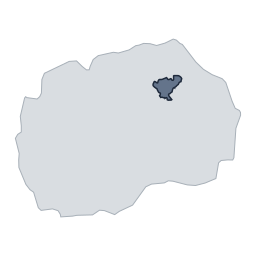 North Macedonia, with Probištip highlighted
{"feature_id": "MKD-2904", "entity_name": "Probištip", "entity_type": "Statistical Region", "adm_level": 1, "iso_a3": "MKD", "parent_name": "North Macedonia", "parent_adm1": "", "projection": "mercator", "projection_center": [22.168, 41.948], "detail": "fine", "context": "in_parent", "style": "filled", "palette": "slate", "viewbox_px": 256, "rotation_deg": 0, "n_neighbors": 0, "source": "natural_earth", "source_scale": "10m", "svg_char_len": 2362}
<svg xmlns="http://www.w3.org/2000/svg" viewBox="0 0 256 256"><path d="M113.5,52.3L118.4,53.0L129.1,49.9L135.7,45.7L139.1,45.1L143.6,43.4L150.1,43.7L156.6,45.5L165.0,43.1L173.2,39.1L176.4,40.1L180.0,43.5L182.3,44.4L195.9,62.1L203.4,69.3L212.2,74.7L222.2,78.7L225.8,82.5L232.1,101.2L235.2,108.3L239.4,110.5L240.5,112.5L240.6,115.2L235.9,128.3L233.9,157.7L232.7,160.0L227.7,159.9L221.1,160.5L218.6,162.8L215.9,178.5L205.2,183.0L195.5,185.5L187.3,184.9L173.0,181.2L168.3,180.8L164.3,182.9L151.5,184.1L145.8,186.8L132.6,205.1L119.2,211.4L114.7,214.6L104.4,210.6L99.5,210.2L92.5,214.9L76.9,215.3L72.7,216.1L60.8,216.9L60.3,214.3L58.1,210.7L52.5,208.9L41.1,210.4L38.3,207.7L33.6,192.2L30.0,189.7L25.9,184.4L18.9,167.5L18.7,160.0L19.2,153.5L15.4,138.3L17.7,134.4L21.3,132.0L21.3,125.8L20.3,116.4L24.6,98.0L25.7,96.7L26.8,97.6L37.1,99.0L39.7,96.7L41.4,93.1L41.9,79.5L44.4,73.3L69.2,61.4L76.5,60.9L82.1,66.4L86.5,69.9L89.2,69.8L90.2,66.3L93.2,59.5L98.3,55.6L113.3,52.3L113.5,52.3Z" fill="#d9dde1" stroke="#a8b0b8" stroke-width="1"/><path d="M174.6,87.9L174.2,87.6L173.9,87.7L173.3,88.1L172.6,89.4L172.4,90.3L172.2,91.3L171.8,92.2L171.0,92.6L170.4,93.1L169.7,93.8L169.2,93.8L168.9,94.0L168.6,94.6L168.7,95.5L169.8,97.1L171.8,99.6L171.4,100.0L170.6,100.1L169.3,100.1L168.3,100.2L167.3,99.8L167.1,98.8L167.1,98.3L166.8,97.8L166.2,97.6L165.2,98.2L165.0,98.3L165.0,98.2L164.7,97.8L164.4,97.6L164.2,97.6L163.9,97.8L163.6,97.8L163.1,97.6L162.5,97.3L161.8,97.3L161.2,97.3L160.7,97.4L160.7,97.1L160.1,96.5L159.9,96.3L159.6,95.8L159.6,95.5L160.1,95.2L160.3,94.4L160.4,93.6L160.3,93.2L160.0,92.9L159.2,92.7L158.6,92.2L157.6,90.4L156.9,88.7L156.0,88.2L154.5,87.1L153.3,85.9L153.0,85.0L153.2,83.8L153.7,82.8L154.1,81.8L154.2,81.7L154.5,81.5L154.8,81.5L155.4,81.8L156.2,82.3L156.8,82.8L157.2,82.9L157.6,82.8L157.8,82.4L158.0,81.5L158.4,80.5L159.0,79.7L159.5,79.5L160.2,79.5L161.3,79.5L162.5,79.3L163.3,78.9L165.4,78.1L166.4,77.6L167.2,78.3L167.6,79.1L168.1,79.5L169.1,79.5L169.6,79.3L170.1,78.9L170.5,78.7L171.0,78.7L171.4,79.3L171.9,80.1L172.6,80.3L173.0,80.3L173.6,79.5L173.6,77.9L173.6,75.9L174.0,75.6L174.5,75.6L175.6,75.6L177.0,75.6L178.6,75.7L179.7,76.3L181.0,77.4L181.7,78.6L181.6,79.1L181.2,80.2L181.0,81.6L180.6,81.7L179.9,82.1L179.2,82.5L178.7,83.5L178.3,84.4L177.0,85.4L175.9,86.6L175.0,87.2L174.6,87.7L174.6,87.9Z" fill="#64748b" stroke="#1e293b" stroke-width="1.5"/></svg>